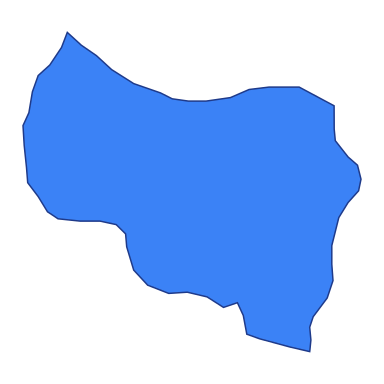 outline of Tumpat, Kelantan, Malaysia
{"feature_id": "92858781B54418175160244", "entity_name": "Tumpat", "entity_type": "district", "adm_level": 2, "iso_a3": "MYS", "parent_name": "Malaysia", "parent_adm1": "Kelantan", "projection": "albers", "projection_center": [102.164, 6.167], "detail": "fine", "context": "isolated", "style": "filled", "palette": "blue", "viewbox_px": 384, "rotation_deg": 0, "n_neighbors": 0, "source": "geoboundaries", "source_scale": "gbopen_adm2", "svg_char_len": 831}
<svg xmlns="http://www.w3.org/2000/svg" viewBox="0 0 384 384"><path d="M334.1,105.8L299.2,87.1L268.9,87.1L249.1,89.5L230.4,97.6L206.0,101.1L188.5,101.1L172.2,98.8L160.5,92.9L133.7,83.6L111.6,69.6L96.5,55.7L81.3,45.2L67.3,32.4L61.5,47.5L49.8,65.0L38.2,75.5L32.4,91.8L28.9,112.7L23.0,125.6L24.2,145.4L26.5,167.5L27.7,182.7L38.2,196.6L47.5,211.8L53.9,216.0L58.0,218.8L80.1,221.1L99.9,221.1L116.2,224.6L125.6,233.9L126.7,246.8L133.7,270.1L147.7,285.2L168.7,293.4L187.3,292.2L207.1,296.9L223.5,307.4L237.4,302.7L243.3,315.5L246.8,334.2L259.6,338.8L289.9,347.0L309.7,351.6L309.9,350.1L310.9,340.0L309.7,327.2L313.2,316.7L327.2,298.0L333.0,280.6L331.8,264.2L331.8,245.6L338.8,217.6L348.1,202.5L358.6,190.8L361.0,179.2L357.5,165.2L348.1,157.0L335.3,140.7L334.2,129.1L334.1,105.8Z" fill="#3b82f6" stroke="#1e3a8a" stroke-width="1.5"/></svg>